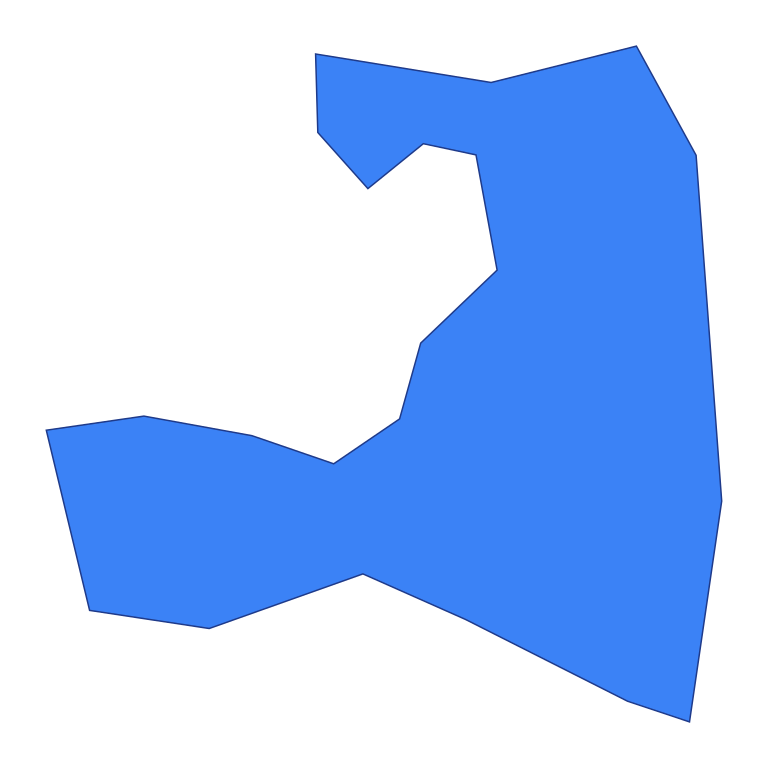 Port Louis, orthographic projection
{"feature_id": "MUS-5189", "entity_name": "Port Louis", "entity_type": "City", "adm_level": 1, "iso_a3": "MUS", "parent_name": "Mauritius", "parent_adm1": "", "projection": "orthographic", "projection_center": [57.509, -20.162], "detail": "fine", "context": "isolated", "style": "filled", "palette": "blue", "viewbox_px": 768, "rotation_deg": 0, "n_neighbors": 0, "source": "natural_earth", "source_scale": "10m", "svg_char_len": 402}
<svg xmlns="http://www.w3.org/2000/svg" viewBox="0 0 768 768"><path d="M89.6,610.4L46.3,430.2L143.9,416.1L252.0,435.7L333.7,463.8L399.6,418.9L420.7,343.1L497.1,270.1L476.0,154.9L423.3,143.7L367.9,188.6L317.8,132.5L315.6,54.0L491.1,82.5L636.4,46.1L696.1,155.3L721.7,501.1L689.5,721.9L627.7,701.3L465.4,619.4L362.9,573.9L209.2,628.5L89.6,610.4Z" fill="#3b82f6" stroke="#1e3a8a" stroke-width="1.5"/></svg>